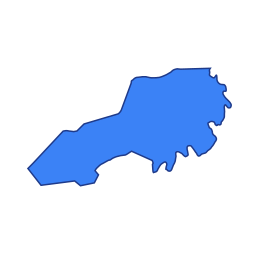 Cane, La Paz, Honduras, rotated 350°
{"feature_id": "27666195B14338204727731", "entity_name": "Cane", "entity_type": "district", "adm_level": 2, "iso_a3": "HND", "parent_name": "Honduras", "parent_adm1": "La Paz", "projection": "robinson", "projection_center": [-87.651, 14.283], "detail": "fine", "context": "isolated", "style": "filled", "palette": "blue", "viewbox_px": 256, "rotation_deg": 350, "n_neighbors": 0, "source": "geoboundaries", "source_scale": "gbopen_adm2", "svg_char_len": 5766}
<svg xmlns="http://www.w3.org/2000/svg" viewBox="0 0 256 256"><g transform="rotate(350 128 128)"><path d="M193.0,167.9L193.3,167.9L193.6,167.8L193.9,167.8L194.3,167.6L194.6,167.4L194.8,167.3L195.3,166.9L195.5,166.8L195.9,166.6L196.4,166.4L196.6,166.4L197.2,166.3L199.4,166.1L199.8,166.0L200.2,165.9L200.6,165.7L202.7,164.1L203.6,163.7L204.2,163.4L204.9,163.1L205.4,162.7L205.8,162.5L206.3,162.0L207.0,161.3L207.4,160.9L208.2,160.3L208.5,160.0L209.3,159.2L211.3,156.8L211.7,156.4L212.1,156.1L212.6,155.4L212.9,155.0L213.1,154.5L213.1,154.2L213.2,153.9L213.2,153.3L213.0,152.6L212.8,152.0L212.6,151.5L210.9,149.5L210.7,149.1L210.5,148.7L210.4,148.2L210.3,147.6L210.3,147.0L210.4,146.2L210.3,145.5L210.2,144.7L209.9,143.7L209.7,143.3L208.9,142.5L208.2,141.9L208.1,141.7L208.0,140.8L207.7,139.4L207.6,138.8L207.5,138.1L207.5,137.7L207.6,137.2L207.8,136.9L208.5,136.7L209.6,136.2L210.3,136.0L210.6,136.0L211.0,136.0L211.4,136.0L211.8,136.1L212.4,136.3L213.0,136.6L213.7,137.0L213.8,137.2L214.0,137.4L214.4,138.6L214.5,139.1L214.5,139.7L214.6,139.8L214.9,139.9L215.0,140.0L215.1,140.4L215.2,140.5L215.4,140.8L215.6,140.8L215.8,140.9L216.3,140.8L216.6,140.7L216.9,140.4L217.0,140.3L217.3,140.3L217.6,140.3L218.1,140.6L218.5,140.8L218.9,140.8L219.3,140.8L219.5,140.8L219.9,140.6L220.0,140.5L220.2,140.3L220.3,140.1L220.5,139.6L220.6,139.1L220.7,138.9L220.9,138.5L221.0,138.2L221.4,137.9L222.2,137.3L222.7,136.8L223.8,135.4L224.4,134.6L224.7,134.0L224.9,133.4L225.4,130.8L226.0,128.4L226.1,127.1L226.3,125.8L226.3,124.9L226.3,124.5L226.5,123.8L226.7,123.4L226.8,123.0L227.1,122.5L227.4,122.3L227.7,122.1L227.9,122.1L228.0,122.1L228.2,122.3L229.8,125.1L230.1,125.3L230.3,125.5L230.6,125.6L230.9,125.7L231.4,125.8L231.8,125.8L232.2,125.7L232.5,125.5L232.8,125.2L233.0,124.9L233.2,124.5L233.4,124.1L233.5,123.7L233.6,123.3L233.6,122.9L233.6,122.7L233.5,122.2L233.1,121.2L232.7,120.3L231.6,118.6L230.9,117.6L230.2,116.6L229.7,116.0L229.3,115.2L228.9,114.6L228.4,113.6L227.9,112.3L227.6,111.4L227.5,110.8L227.5,110.5L227.5,110.2L227.6,109.8L227.6,109.6L227.8,109.3L228.0,109.0L228.1,108.8L228.4,108.6L228.7,108.4L229.1,108.4L229.3,108.5L229.8,108.6L230.0,108.7L230.5,108.7L230.8,108.7L231.0,108.4L231.2,108.0L231.3,107.4L231.4,106.7L231.4,105.9L231.4,105.2L231.4,104.6L231.3,103.9L231.1,103.4L230.9,103.0L230.7,102.6L230.4,102.3L230.1,102.0L229.7,101.9L228.6,101.6L227.1,101.2L226.8,101.0L226.1,100.6L225.8,100.3L225.4,99.9L225.1,99.5L224.7,98.9L224.4,98.3L224.2,97.7L224.1,97.3L224.0,96.5L224.0,96.1L224.0,95.7L224.3,93.7L224.4,92.4L224.4,92.1L224.4,91.7L224.3,91.4L224.2,91.4L223.9,91.4L222.5,92.8L221.9,93.3L221.6,93.5L221.4,93.5L221.2,93.5L220.9,93.4L220.6,93.3L220.2,93.0L219.7,92.6L218.8,91.8L218.2,91.2L217.8,90.7L217.6,90.4L217.4,90.0L217.4,89.9L218.2,87.1L218.2,86.8L218.1,86.5L218.1,86.2L218.1,85.8L218.2,85.4L218.4,84.9L218.6,84.4L219.0,83.9L219.4,83.5L190.6,79.3L189.6,79.1L187.5,78.5L186.8,78.3L186.5,78.3L185.6,78.3L184.6,78.4L183.8,78.5L183.0,78.7L182.4,78.9L181.1,79.6L180.7,79.9L179.9,80.4L179.7,80.5L175.0,82.2L173.0,82.7L170.2,83.3L168.7,83.5L167.7,83.6L167.1,83.6L166.2,83.5L164.3,83.4L161.9,83.0L160.0,82.7L159.0,82.4L158.3,82.2L154.4,80.6L152.7,80.3L150.9,80.0L150.2,80.0L148.2,79.9L146.5,79.8L145.5,79.7L145.1,79.7L144.8,79.8L144.4,79.8L143.8,80.0L143.2,80.2L142.6,80.5L142.2,80.8L141.5,81.3L140.4,81.8L139.8,82.1L139.7,82.2L139.5,82.4L139.4,82.7L139.1,83.8L138.9,84.4L136.9,87.9L124.5,109.2L123.5,110.4L121.7,111.9L120.6,112.4L119.7,112.5L85.4,116.4L77.2,122.1L74.8,122.1L73.8,122.1L72.3,121.6L69.6,120.8L67.4,120.0L66.0,119.8L64.8,119.8L63.6,119.8L28.7,146.0L22.4,150.5L32.4,169.3L66.3,170.9L71.2,176.6L85.3,176.2L90.8,169.0L88.1,164.3L88.7,163.6L89.1,163.1L90.5,161.9L93.7,159.8L94.2,159.6L94.7,159.3L95.6,158.9L96.5,158.7L96.8,158.6L102.6,156.6L103.3,156.4L103.7,156.4L104.3,156.4L104.6,156.4L105.1,156.3L105.5,156.1L106.7,155.5L108.4,154.9L109.3,154.7L110.5,154.4L111.9,154.2L113.3,154.1L114.7,154.0L115.7,153.9L117.8,154.0L118.3,154.0L120.0,154.1L120.4,154.1L120.9,154.1L121.4,153.9L121.9,153.8L126.4,151.9L127.5,151.5L146.2,164.2L146.6,166.4L146.6,167.1L145.8,168.0L145.7,168.8L145.3,172.7L145.1,174.8L145.1,175.5L145.2,175.9L145.3,176.1L145.4,176.3L145.9,176.2L147.8,176.0L148.4,175.8L148.7,175.6L149.1,175.4L149.4,175.0L149.8,174.5L150.4,173.6L152.6,171.0L153.2,170.4L153.6,170.0L154.1,169.6L154.7,169.2L155.2,169.0L155.7,168.7L156.8,168.3L157.3,168.1L157.9,167.9L158.2,167.9L158.4,167.9L158.7,167.9L159.0,168.1L159.3,168.3L159.5,168.6L159.7,168.9L159.8,169.3L159.9,169.7L159.9,170.1L159.9,170.6L159.8,171.0L159.0,172.6L158.4,174.2L158.3,174.5L158.3,174.8L158.2,175.1L158.3,175.2L158.3,175.3L158.7,175.4L158.9,175.5L159.0,175.6L159.1,175.8L159.4,176.4L159.6,176.7L159.8,176.9L160.0,177.1L160.6,177.4L160.9,177.6L161.2,177.6L161.7,177.7L162.1,177.7L162.6,177.5L162.9,177.3L163.2,177.1L163.5,176.8L163.7,176.6L166.3,172.3L167.6,170.7L168.1,169.9L168.5,169.2L168.7,168.9L168.9,168.4L169.5,166.5L170.3,164.3L170.4,164.0L170.4,162.7L170.6,161.6L170.7,160.8L170.8,160.6L171.3,160.2L171.6,160.0L171.8,160.0L172.1,159.9L172.5,159.9L172.9,160.0L173.4,160.1L173.8,160.3L174.1,160.5L175.4,161.5L176.3,162.2L176.6,162.4L178.1,164.7L178.9,165.6L179.5,166.1L179.8,166.2L180.8,165.9L181.5,165.7L182.1,165.4L182.3,165.2L182.5,164.8L182.6,164.5L182.6,164.2L182.6,160.8L182.5,159.7L182.5,159.2L182.6,158.7L182.7,157.8L182.8,157.4L183.0,157.0L183.1,156.8L183.3,156.6L183.5,156.4L183.8,156.2L184.1,156.1L184.5,156.1L184.9,156.0L185.3,156.1L185.7,156.1L186.0,156.2L186.4,156.3L186.7,156.4L186.9,156.6L187.1,156.8L187.7,157.9L188.8,160.0L190.1,162.9L190.4,163.6L190.5,163.8L190.8,164.2L190.9,164.5L191.1,164.9L191.4,166.0L191.7,166.8L191.8,166.9L192.0,167.0L192.2,167.4L192.3,167.7L192.5,167.8L193.0,167.9Z" fill="#3b82f6" stroke="#1e3a8a" stroke-width="1.5"/></g></svg>